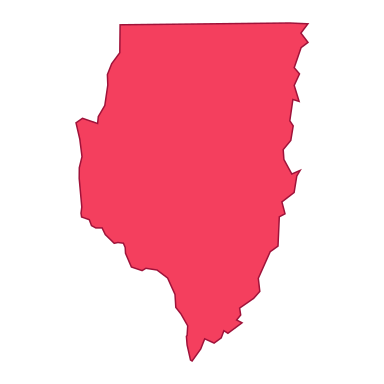 the district of Dixie, Florida, United States of America
{"feature_id": "52423323B96529923169881", "entity_name": "Dixie", "entity_type": "district", "adm_level": 2, "iso_a3": "USA", "parent_name": "United States of America", "parent_adm1": "Florida", "projection": "equal_earth", "projection_center": [-83.166, 29.557], "detail": "fine", "context": "isolated", "style": "filled", "palette": "rose", "viewbox_px": 384, "rotation_deg": 0, "n_neighbors": 0, "source": "geoboundaries", "source_scale": "gbopen_adm2", "svg_char_len": 1051}
<svg xmlns="http://www.w3.org/2000/svg" viewBox="0 0 384 384"><path d="M76.0,122.8L79.8,139.2L82.0,156.7L79.3,167.7L79.2,178.5L81.8,207.1L81.0,213.2L81.6,217.0L89.3,219.7L91.5,225.6L95.7,227.9L102.1,227.9L105.3,234.6L114.2,243.3L117.9,242.5L123.4,243.2L125.2,247.5L125.5,253.3L131.4,267.0L142.1,270.6L145.9,268.3L157.0,270.0L167.6,278.0L175.0,294.4L175.8,307.4L181.0,314.0L187.7,325.8L187.1,335.5L186.4,336.3L187.1,345.0L190.5,360.0L192.1,361.0L200.7,349.0L204.7,338.8L214.1,343.1L221.2,337.9L223.9,330.7L227.9,333.3L242.0,322.8L236.6,320.0L240.7,315.0L239.6,308.1L253.7,298.3L259.8,291.4L258.3,278.3L270.2,251.7L278.0,246.1L279.3,216.8L285.0,213.8L281.9,201.9L294.1,192.5L296.8,176.0L300.1,170.4L291.8,174.0L283.9,159.5L283.2,149.6L290.8,140.4L293.2,125.9L289.8,120.8L292.9,99.5L299.1,101.4L294.2,85.4L299.5,73.9L294.2,67.7L301.1,47.6L308.0,42.4L300.9,33.1L307.9,23.8L289.7,23.0L120.1,24.8L119.8,52.7L111.7,63.7L107.4,74.6L107.8,85.1L104.8,105.5L98.3,116.6L97.6,123.5L82.5,118.3L76.0,122.8Z" fill="#f43f5e" stroke="#9f1239" stroke-width="1.5"/></svg>